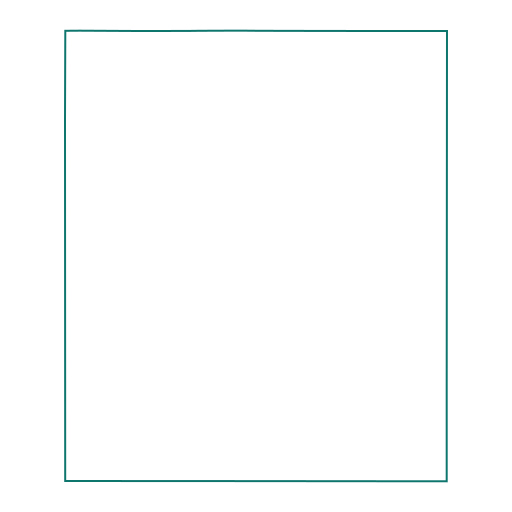 the district of Nemaha, Kansas, United States of America
{"feature_id": "52423323B42184125186885", "entity_name": "Nemaha", "entity_type": "district", "adm_level": 2, "iso_a3": "USA", "parent_name": "United States of America", "parent_adm1": "Kansas", "projection": "robinson", "projection_center": [-96.08, 39.783], "detail": "fine", "context": "isolated", "style": "outline", "palette": "teal", "viewbox_px": 512, "rotation_deg": 0, "n_neighbors": 0, "source": "geoboundaries", "source_scale": "gbopen_adm2", "svg_char_len": 356}
<svg xmlns="http://www.w3.org/2000/svg" viewBox="0 0 512 512"><path d="M65.3,30.8L65.0,120.2L65.2,481.0L237.4,481.1L446.7,481.3L446.7,391.1L447.0,31.0L367.1,31.0L303.1,30.9L258.7,30.8L247.3,30.7L224.0,30.7L198.8,30.8L191.7,30.9L161.2,31.0L143.2,31.0L137.2,31.0L81.4,30.7L78.3,30.7L65.3,30.8L65.3,30.8Z" fill="none" stroke="#0f766e" stroke-width="2"/></svg>